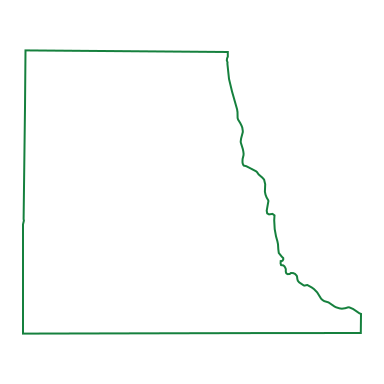 outline of Clayton, Iowa, United States of America
{"feature_id": "52423323B1897708269800", "entity_name": "Clayton", "entity_type": "district", "adm_level": 2, "iso_a3": "USA", "parent_name": "United States of America", "parent_adm1": "Iowa", "projection": "albers", "projection_center": [-91.108, 42.863], "detail": "fine", "context": "isolated", "style": "outline", "palette": "green", "viewbox_px": 384, "rotation_deg": 0, "n_neighbors": 0, "source": "geoboundaries", "source_scale": "gbopen_adm2", "svg_char_len": 1419}
<svg xmlns="http://www.w3.org/2000/svg" viewBox="0 0 384 384"><path d="M23.0,333.6L248.8,333.1L360.8,333.0L361.0,313.9L359.4,313.3L353.1,309.0L349.4,307.4L348.2,307.3L345.3,308.2L341.9,308.7L339.7,308.4L336.1,307.3L334.5,306.5L328.5,302.4L324.2,301.1L322.5,300.0L321.1,298.7L317.2,292.4L314.0,289.1L311.8,287.5L307.3,285.0L304.4,285.6L303.7,285.4L299.1,282.3L297.8,280.7L297.3,278.8L297.1,277.0L296.7,275.7L295.0,273.9L293.2,273.1L290.9,273.0L289.7,274.0L288.1,274.1L287.5,274.1L286.3,273.3L285.8,271.8L285.8,269.1L285.1,267.4L284.3,266.2L283.3,265.4L281.1,265.1L280.6,263.5L280.7,261.1L281.9,261.0L282.7,260.5L283.3,259.2L283.2,258.0L281.8,256.7L278.8,253.0L278.3,249.2L278.0,244.3L277.4,241.3L276.0,236.3L274.7,229.1L274.2,220.2L274.5,215.4L272.5,213.9L269.0,214.4L267.2,213.4L266.7,210.7L268.4,201.1L268.2,200.2L266.6,197.5L265.5,194.6L264.9,191.7L265.2,184.3L264.1,179.6L262.4,177.7L258.6,174.4L257.0,172.1L256.1,171.3L246.3,166.2L243.8,165.6L243.2,164.8L242.7,163.5L242.5,162.3L242.5,160.7L242.6,159.0L243.5,155.3L243.6,153.8L243.3,151.4L242.8,149.0L240.8,142.6L240.7,141.5L241.1,138.5L242.8,132.1L242.8,131.0L242.3,127.7L241.6,125.8L240.2,123.0L238.1,119.6L237.6,118.0L237.5,111.8L237.4,111.6L237.1,109.4L232.0,91.4L229.0,78.9L227.4,63.8L227.5,62.4L226.8,60.3L227.1,58.3L227.8,56.7L227.8,52.0L25.5,50.4L25.0,107.6L23.6,219.1L23.9,220.6L23.0,224.4L23.0,333.6Z" fill="none" stroke="#15803d" stroke-width="2"/></svg>